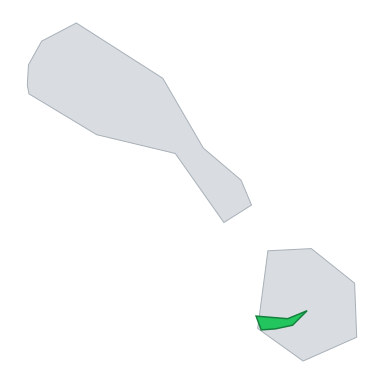 location of Saint Paul Charlestown within Saint Kitts and Nevis
{"feature_id": "KNA-5108", "entity_name": "Saint Paul Charlestown", "entity_type": "Parish", "adm_level": 1, "iso_a3": "KNA", "parent_name": "Saint Kitts and Nevis", "parent_adm1": "", "projection": "mercator", "projection_center": [-62.607, 17.137], "detail": "fine", "context": "in_parent", "style": "filled", "palette": "green", "viewbox_px": 384, "rotation_deg": 0, "n_neighbors": 0, "source": "natural_earth", "source_scale": "10m", "svg_char_len": 507}
<svg xmlns="http://www.w3.org/2000/svg" viewBox="0 0 384 384"><path d="M251.5,205.0L223.9,222.5L175.3,153.5L96.7,134.7L29.0,93.9L27.3,85.2L28.5,64.8L41.7,41.1L76.3,23.0L162.8,78.3L203.3,148.1L241.0,180.1L251.5,205.0ZM356.7,337.2L303.1,361.0L257.7,328.5L267.9,250.8L311.3,248.6L354.6,283.2L356.7,337.2Z" fill="#d9dde1" stroke="#a8b0b8" stroke-width="1"/><path d="M261.2,329.9L256.1,316.1L287.7,318.7L307.1,310.7L292.6,325.2L275.2,328.9L261.2,329.9Z" fill="#22c55e" stroke="#15803d" stroke-width="1.5"/></svg>